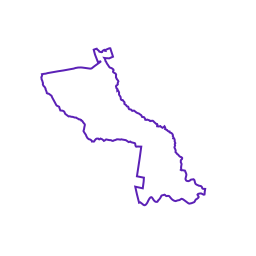 Ruiru, Central, Kenya (Mercator projection), rotated 37°
{"feature_id": "3690345B55338568349306", "entity_name": "Ruiru", "entity_type": "district", "adm_level": 2, "iso_a3": "KEN", "parent_name": "Kenya", "parent_adm1": "Central", "projection": "mercator", "projection_center": [37.042, -1.194], "detail": "fine", "context": "isolated", "style": "outline", "palette": "violet", "viewbox_px": 256, "rotation_deg": 37, "n_neighbors": 0, "source": "geoboundaries", "source_scale": "gbopen_adm2", "svg_char_len": 5928}
<svg xmlns="http://www.w3.org/2000/svg" viewBox="0 0 256 256"><g transform="rotate(37 128 128)"><path d="M50.8,110.8L50.1,111.5L48.9,113.2L41.8,120.9L37.9,124.9L30.8,132.5L29.9,133.7L29.4,134.3L28.5,135.1L26.9,136.8L27.4,137.2L27.9,137.9L28.0,138.6L28.3,139.7L28.9,140.1L29.4,140.9L31.3,142.0L31.8,142.4L32.3,142.8L33.1,143.3L33.6,144.3L34.2,144.7L34.9,145.1L36.0,145.3L36.8,145.4L37.4,145.7L38.4,146.1L39.0,146.8L40.1,147.4L41.6,148.4L42.2,149.0L43.0,148.9L43.8,148.4L44.8,148.3L46.8,148.3L47.5,148.3L49.0,149.2L54.5,151.7L56.8,152.8L57.7,153.0L58.5,152.8L60.2,152.5L61.7,153.6L63.4,154.7L64.3,154.2L65.2,153.6L66.0,153.4L66.8,153.3L67.4,153.4L68.3,153.9L69.4,154.5L73.6,154.5L74.0,154.0L74.9,153.5L75.6,153.3L76.2,153.0L77.1,152.4L78.0,152.1L79.2,151.7L80.3,150.9L81.2,150.9L83.0,150.6L83.8,150.6L84.3,150.1L85.0,150.0L85.7,149.8L86.3,150.2L86.9,149.9L87.7,150.0L88.5,150.4L89.6,150.7L90.7,150.9L91.4,151.2L91.9,151.9L92.4,153.1L93.1,154.5L93.7,155.6L94.0,156.6L94.4,157.3L96.1,158.0L97.9,158.6L98.9,159.0L99.5,159.5L100.6,160.0L101.6,160.4L102.5,160.5L103.5,160.5L104.7,160.0L105.6,159.9L106.5,160.0L107.4,160.5L107.9,159.9L108.5,159.7L109.0,159.3L109.0,158.5L108.9,157.4L109.1,155.9L109.5,155.2L110.6,154.4L111.5,154.5L112.1,154.2L112.4,153.0L113.9,152.6L114.9,152.6L115.6,152.6L116.5,152.8L116.9,152.0L117.4,150.3L118.0,150.0L120.2,149.0L121.7,148.0L122.4,147.9L123.2,147.7L123.8,147.3L124.2,146.4L124.9,145.5L125.4,144.8L125.8,143.9L126.6,143.2L127.9,142.4L128.8,142.0L129.4,141.1L130.1,140.8L133.6,139.0L134.2,139.0L135.1,138.9L136.2,138.9L137.1,138.8L137.6,138.0L138.1,137.4L139.0,137.5L142.5,136.0L143.3,136.3L144.5,137.5L145.4,138.0L146.2,137.7L146.7,137.1L147.2,136.7L148.0,136.2L148.8,135.6L149.8,134.9L155.5,145.1L160.0,153.4L164.2,161.2L170.6,158.1L172.7,161.3L173.1,162.0L176.1,167.3L169.1,170.5L175.2,175.7L181.8,181.0L182.4,180.0L183.2,180.0L183.9,180.0L185.5,180.0L186.4,180.1L187.4,179.9L187.9,179.5L188.3,178.7L188.4,177.9L188.4,176.3L188.2,175.3L188.1,174.6L187.9,173.9L187.6,171.3L187.7,170.1L188.1,169.3L188.9,169.1L189.7,169.3L190.5,169.6L191.9,170.1L192.8,170.3L193.6,170.4L194.4,170.3L195.6,169.6L195.9,168.8L195.7,168.0L195.7,167.3L195.9,166.5L195.9,165.8L195.9,164.7L195.8,163.9L195.7,163.2L195.5,162.4L195.5,161.7L197.3,159.3L198.1,159.2L198.9,159.4L199.9,159.1L200.7,158.2L201.5,157.7L202.3,157.7L204.8,158.3L205.9,158.5L207.1,158.5L208.1,158.4L208.9,158.2L209.9,157.8L210.5,157.1L210.8,156.5L211.6,155.5L212.1,155.0L212.6,154.4L212.9,153.3L213.4,152.3L214.5,151.9L216.5,151.8L221.0,151.8L221.9,151.7L222.6,151.4L223.1,150.8L224.0,149.8L224.8,148.5L225.5,147.3L225.5,146.6L225.4,145.9L225.2,144.8L225.3,144.0L225.6,143.5L226.1,141.5L226.0,140.7L225.5,140.2L224.4,139.9L223.6,139.4L223.7,138.4L224.4,137.5L225.2,136.7L225.7,136.3L226.4,136.1L227.7,135.9L228.6,135.7L229.1,135.1L228.7,134.3L228.0,133.3L227.4,132.3L226.9,131.3L226.3,130.2L225.4,130.8L224.6,131.4L223.7,131.5L223.0,131.0L222.3,130.6L221.3,130.5L220.3,130.9L219.2,131.5L218.4,131.6L217.2,131.9L216.1,132.0L215.4,131.9L214.4,131.3L213.9,130.9L213.4,130.4L212.8,130.0L212.2,129.6L211.2,129.5L210.5,130.2L209.4,131.3L209.1,132.1L209.0,132.9L208.3,134.0L207.6,134.5L207.0,134.8L206.0,134.9L204.9,134.4L204.3,133.7L204.0,132.9L203.1,130.8L202.6,130.0L201.6,129.2L200.6,128.7L199.8,128.1L199.0,127.8L198.3,128.2L196.9,128.9L196.2,129.6L195.3,129.7L194.9,128.4L194.4,127.8L193.9,127.4L193.6,126.6L193.1,125.8L192.7,124.9L192.3,124.4L191.6,124.0L190.9,123.7L190.5,123.2L190.1,122.7L189.7,122.1L189.6,121.2L189.8,120.3L189.4,119.4L188.9,119.2L188.1,119.2L187.2,119.5L186.5,119.6L185.6,119.5L184.8,119.3L184.0,119.1L183.2,119.2L182.5,119.1L181.6,118.8L180.5,118.7L179.6,117.3L178.8,116.7L177.9,116.2L176.9,115.7L176.5,115.0L176.2,113.7L175.6,113.2L175.0,112.7L174.9,111.6L174.1,111.1L173.3,110.6L173.0,110.1L172.4,109.4L171.9,109.0L171.1,108.6L170.3,109.0L170.1,108.3L169.3,107.8L168.6,107.5L168.3,106.8L167.4,106.2L166.6,106.0L165.7,105.9L164.7,106.2L163.9,106.4L163.3,105.8L162.4,106.3L161.3,106.4L160.5,106.1L159.8,106.4L158.9,106.3L158.2,106.5L157.9,105.7L157.1,105.1L156.1,104.7L156.0,105.3L155.9,106.1L155.4,107.1L154.5,107.1L153.5,107.2L152.7,107.0L152.2,107.6L151.8,108.2L150.2,109.1L149.8,108.6L149.8,107.9L148.9,107.3L148.3,107.6L147.7,107.8L146.9,107.6L146.0,107.6L144.2,107.3L143.5,107.3L142.9,107.7L142.4,108.2L142.0,108.8L141.4,109.2L140.7,108.9L140.1,109.2L139.3,109.4L138.3,109.7L138.0,110.3L137.5,110.7L136.7,111.0L136.2,110.4L135.3,110.1L134.7,109.8L134.0,109.8L133.5,110.2L132.6,110.7L131.7,110.2L130.8,109.8L129.8,109.9L128.9,109.9L128.0,109.9L127.3,110.1L126.6,110.4L125.7,110.5L125.1,110.6L124.4,110.5L123.4,110.5L122.3,110.5L121.7,111.1L121.2,111.7L120.6,111.8L120.0,111.5L119.2,111.5L117.6,112.3L116.7,112.0L116.1,111.3L115.3,110.9L114.4,111.3L113.6,111.2L112.7,110.9L111.5,110.9L110.6,110.9L110.2,110.4L109.8,109.6L109.1,109.4L108.1,109.3L107.4,108.9L106.7,109.0L106.1,109.5L105.4,109.5L104.8,109.2L104.4,108.7L103.9,108.2L103.4,107.7L102.7,107.4L101.6,107.1L100.6,106.6L99.6,105.1L98.8,104.6L97.9,104.2L97.2,103.9L97.0,104.7L96.4,104.0L95.9,103.2L94.9,103.2L94.2,102.6L93.5,102.2L93.1,101.2L93.5,100.3L93.6,99.3L93.1,98.9L92.9,98.3L92.5,97.8L92.3,96.6L91.5,96.1L89.6,95.7L89.1,95.2L88.3,95.1L87.8,94.7L87.4,94.0L86.9,93.5L86.5,92.6L85.8,92.2L85.1,92.0L84.4,92.2L82.6,92.3L81.9,91.7L81.7,90.5L80.9,90.0L80.2,90.1L79.4,90.0L78.4,90.2L77.4,90.6L76.5,90.6L75.6,90.3L74.0,89.7L73.3,89.5L72.4,89.2L71.4,88.7L70.7,88.3L70.0,88.2L69.3,87.7L68.0,86.7L66.9,86.3L68.2,85.6L70.1,84.3L71.0,83.8L73.1,80.1L71.6,79.0L68.4,76.8L67.3,76.0L65.9,75.0L65.1,75.6L64.0,77.5L63.6,78.2L63.0,79.3L63.7,79.9L62.9,80.3L62.0,80.0L61.5,81.1L61.3,82.1L61.6,82.9L61.1,83.5L60.0,83.9L59.2,84.3L58.3,83.9L57.1,83.8L56.0,83.8L55.3,83.5L54.8,84.1L53.5,86.1L57.3,89.1L64.2,93.4L66.3,90.9L66.0,92.3L64.0,98.8L63.1,102.2L62.6,102.9L62.0,103.4L57.5,105.9L55.2,107.2L54.1,107.9L51.8,109.7L50.8,110.8Z" fill="none" stroke="#5b21b6" stroke-width="2"/></g></svg>